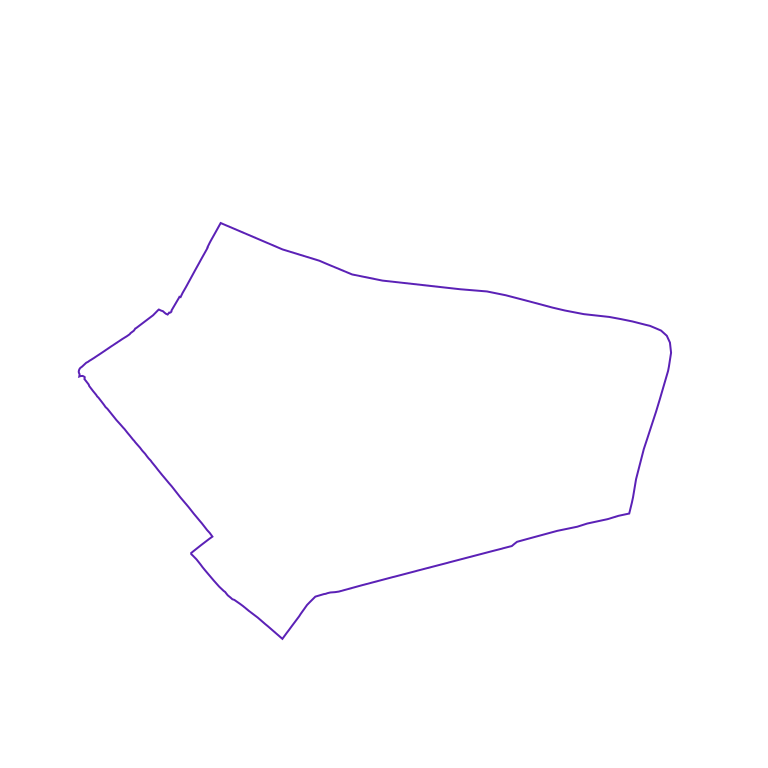 Carcaliu, Tulcea, Romania (orthographic projection), rotated 159°
{"feature_id": "2599482B4283959466403", "entity_name": "Carcaliu", "entity_type": "district", "adm_level": 2, "iso_a3": "ROU", "parent_name": "Romania", "parent_adm1": "Tulcea", "projection": "orthographic", "projection_center": [28.166, 45.183], "detail": "fine", "context": "isolated", "style": "outline", "palette": "violet", "viewbox_px": 768, "rotation_deg": 159, "n_neighbors": 0, "source": "geoboundaries", "source_scale": "gbopen_adm2", "svg_char_len": 2854}
<svg xmlns="http://www.w3.org/2000/svg" viewBox="0 0 768 768"><g transform="rotate(159 384 384)"><path d="M478.8,592.8L487.4,585.6L494.4,579.8L496.0,578.4L499.8,574.9L499.7,574.6L501.4,573.1L506.7,568.7L510.3,565.7L513.7,562.8L519.9,557.6L527.4,551.2L534.1,545.5L539.4,541.2L542.8,538.0L543.7,538.7L544.1,538.3L556.0,528.8L556.5,527.8L557.5,527.3L558.8,527.3L559.0,527.6L561.1,526.4L562.4,527.7L563.3,529.2L564.3,531.2L565.8,532.4L567.5,534.2L567.9,534.1L568.2,534.0L575.0,530.9L578.5,529.9L595.4,525.0L596.4,524.9L596.7,524.6L598.5,523.4L602.4,522.3L603.6,521.6L606.7,520.8L612.0,519.8L625.5,516.8L637.5,514.0L643.9,512.6L644.6,512.4L649.1,511.5L650.9,511.2L651.4,511.0L652.7,510.7L654.0,510.6L654.5,510.5L659.7,508.4L661.6,507.9L662.0,507.7L662.3,507.5L662.9,507.1L663.5,506.5L664.4,505.3L664.5,505.0L664.8,503.9L664.7,502.3L664.9,501.8L665.6,500.5L665.8,500.2L664.2,500.1L662.4,499.5L661.0,497.9L661.2,496.9L661.9,496.0L659.9,489.4L659.9,487.6L658.1,481.5L656.6,477.0L656.2,475.1L655.5,473.7L654.2,469.4L653.2,466.0L652.7,464.2L652.3,462.4L651.1,459.9L649.8,455.8L646.7,446.1L644.3,439.9L643.1,436.6L642.5,435.2L641.0,430.4L639.8,426.9L638.2,421.9L637.6,420.5L637.1,418.7L635.7,414.9L634.6,412.0L633.6,408.5L632.9,406.7L632.0,404.4L631.2,401.4L630.4,398.9L629.2,396.0L628.8,394.3L628.4,393.1L626.7,387.9L625.9,385.2L623.9,379.0L622.3,374.4L620.4,368.8L618.9,364.7L616.9,358.2L614.8,351.3L610.6,339.3L608.0,330.9L607.1,328.3L605.2,322.7L604.0,319.3L603.3,317.0L602.3,313.7L601.5,311.0L600.1,307.5L599.3,304.6L598.9,303.0L602.4,302.1L608.2,300.4L612.6,299.1L622.5,296.0L624.6,295.3L624.9,294.2L624.1,292.6L621.9,287.5L619.9,281.1L619.0,277.8L617.8,274.2L616.2,269.6L614.1,263.6L613.3,261.3L610.5,253.9L607.9,248.4L606.8,246.7L606.4,245.2L605.6,242.7L603.8,239.6L602.7,237.4L601.1,236.1L600.5,235.2L597.1,230.2L595.2,227.2L591.4,220.5L585.6,211.2L580.9,202.4L579.3,199.6L577.7,196.6L570.2,182.5L564.3,186.3L561.2,188.2L556.7,191.1L546.5,197.5L544.2,199.2L535.0,205.3L531.3,207.0L524.3,210.1L515.4,209.4L513.5,209.0L512.1,209.0L511.0,208.9L508.8,208.6L504.2,207.2L502.8,206.9L500.6,206.4L475.4,203.9L474.7,203.8L444.3,200.5L443.8,200.4L421.3,197.9L420.0,197.8L388.2,194.2L387.8,194.2L342.0,189.1L332.7,188.0L332.1,188.0L324.3,187.1L322.8,186.9L319.6,188.0L316.4,189.0L306.2,188.0L274.8,184.8L254.7,181.5L244.3,180.9L223.7,177.7L212.3,176.9L201.5,175.2L201.0,175.9L195.1,184.4L192.1,189.0L185.8,199.7L182.8,204.8L164.8,230.1L157.6,238.9L149.5,248.9L139.9,260.7L131.9,271.0L114.1,294.4L111.8,298.1L104.8,310.3L102.2,320.2L102.7,327.7L106.2,334.6L110.4,338.7L114.9,343.0L118.4,345.4L129.7,353.4L139.9,359.9L149.7,365.9L172.4,377.6L188.8,387.8L199.4,395.0L222.3,411.6L238.5,423.2L254.7,433.5L279.0,445.2L348.4,481.1L374.5,497.7L390.8,513.2L395.5,517.7L400.1,522.2L430.5,546.0L450.8,565.7L478.8,592.8Z" fill="none" stroke="#5b21b6" stroke-width="2"/></g></svg>